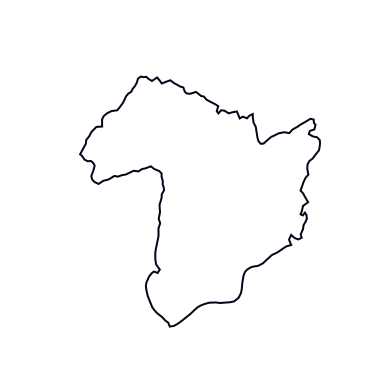 outline of Paulo Frontin, Paraná, Brazil, rotated 32°
{"feature_id": "56859067B20198309611893", "entity_name": "Paulo Frontin", "entity_type": "district", "adm_level": 2, "iso_a3": "BRA", "parent_name": "Brazil", "parent_adm1": "Paraná", "projection": "equal_earth", "projection_center": [-50.751, -26.069], "detail": "fine", "context": "isolated", "style": "outline", "palette": "ink", "viewbox_px": 384, "rotation_deg": 32, "n_neighbors": 0, "source": "geoboundaries", "source_scale": "gbopen_adm2", "svg_char_len": 2707}
<svg xmlns="http://www.w3.org/2000/svg" viewBox="0 0 384 384"><g transform="rotate(32 192 192)"><path d="M76.9,174.5L77.3,178.2L81.1,184.1L76.4,187.5L74.9,194.6L75.3,199.4L74.7,203.8L76.4,207.3L77.1,219.3L79.8,219.7L83.5,221.5L87.2,221.2L89.8,219.3L92.7,219.7L95.4,221.1L96.8,225.2L98.2,231.9L100.7,234.3L104.0,235.2L108.5,234.7L110.8,229.6L114.7,225.4L117.7,219.5L120.9,218.3L124.0,214.5L126.4,212.5L131.3,204.9L135.7,202.9L137.5,199.0L139.8,196.8L143.6,192.0L147.8,192.5L153.2,191.6L156.4,192.4L157.9,194.9L161.5,198.3L163.2,201.2L165.5,203.0L167.4,205.3L167.6,210.1L169.2,212.7L171.3,220.1L172.9,222.4L175.6,226.1L177.9,232.3L181.6,235.4L182.8,240.5L187.0,247.2L191.6,259.6L193.3,263.4L196.4,268.3L200.0,272.5L205.8,274.8L205.7,278.9L201.9,279.6L200.8,282.6L200.4,286.4L201.3,292.8L202.6,296.0L205.5,299.6L209.9,303.9L219.2,310.7L222.6,312.1L226.8,313.3L232.9,313.9L237.6,315.2L241.1,315.4L244.4,317.9L247.5,315.3L249.8,311.2L251.4,307.2L252.9,303.0L255.2,296.5L256.8,290.1L258.0,286.4L259.5,283.8L261.6,280.8L265.1,276.9L268.7,274.4L271.0,272.9L274.4,271.4L277.7,269.0L280.8,266.7L283.0,265.1L285.6,262.5L287.6,257.0L287.1,251.8L286.0,248.8L284.7,246.1L282.7,242.1L280.1,235.9L279.3,231.7L279.9,228.4L281.8,224.7L284.4,221.9L287.1,219.7L290.0,214.8L291.0,210.8L292.1,206.9L293.1,203.2L294.7,200.7L296.5,197.8L297.8,194.9L299.0,192.0L300.8,188.2L304.2,184.4L299.5,181.0L298.8,175.8L301.3,176.3L303.7,176.6L307.3,175.9L309.3,172.6L306.7,170.5L305.8,164.7L304.2,161.0L304.1,157.6L303.6,153.8L301.4,151.0L298.7,149.7L298.4,153.1L295.9,153.4L295.3,149.9L293.5,145.0L295.9,139.1L289.9,136.0L287.2,134.4L283.3,133.3L282.4,129.1L281.4,124.9L280.8,119.8L281.5,115.6L277.5,111.3L275.4,107.5L275.1,103.6L276.6,99.5L277.0,94.6L277.6,89.4L276.0,85.3L274.5,82.4L272.7,80.2L269.1,79.3L265.1,80.8L260.4,81.0L259.6,77.8L262.6,74.1L261.2,69.6L258.7,68.7L256.8,66.1L253.7,67.1L250.0,74.3L248.1,77.7L247.0,80.6L244.2,85.6L243.3,90.5L238.6,92.4L234.4,96.3L232.4,99.7L230.0,103.3L228.4,108.3L227.1,112.9L224.8,114.7L221.3,113.6L218.3,110.8L211.6,103.0L207.5,100.6L204.3,96.9L202.2,93.7L200.2,96.9L199.6,100.4L195.3,101.1L193.5,104.3L187.4,99.9L184.1,102.9L181.5,105.8L176.3,105.9L173.3,107.3L172.8,111.3L170.2,110.4L168.8,105.3L164.6,105.3L160.6,105.7L155.5,106.0L151.3,104.8L149.0,105.7L146.5,105.5L142.4,105.0L138.4,109.7L135.4,111.2L132.8,110.8L129.2,107.9L126.2,108.8L121.5,109.0L119.0,109.2L114.5,108.7L112.6,111.0L110.6,113.6L108.9,116.0L105.3,114.5L101.7,113.4L99.2,119.1L94.8,119.1L92.4,118.5L89.9,120.3L87.5,121.2L86.1,124.5L87.2,128.2L87.5,132.3L87.0,136.0L87.4,139.2L85.9,142.1L85.4,145.8L86.2,153.0L85.8,158.8L85.3,162.3L80.7,166.2L78.2,170.4L76.9,174.5Z" fill="none" stroke="#020617" stroke-width="2"/></g></svg>